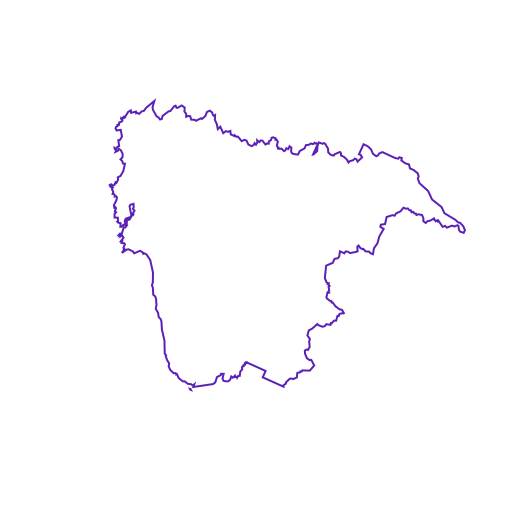 Clutha District, Otago, New Zealand, rotated 114°
{"feature_id": "76426892B1616776897166", "entity_name": "Clutha District", "entity_type": "district", "adm_level": 2, "iso_a3": "NZL", "parent_name": "New Zealand", "parent_adm1": "Otago", "projection": "robinson", "projection_center": [169.665, -46.039], "detail": "fine", "context": "isolated", "style": "outline", "palette": "violet", "viewbox_px": 512, "rotation_deg": 114, "n_neighbors": 0, "source": "geoboundaries", "source_scale": "gbopen_adm2", "svg_char_len": 6151}
<svg xmlns="http://www.w3.org/2000/svg" viewBox="0 0 512 512"><g transform="rotate(114 256 256)"><path d="M150.4,75.7L147.4,75.6L144.4,78.9L142.7,83.0L143.1,85.0L141.8,88.7L140.3,101.2L135.8,106.4L132.8,118.1L126.6,125.2L123.0,136.3L119.4,139.7L117.3,139.7L114.7,141.8L113.3,147.2L113.4,150.9L110.1,153.5L110.6,157.3L109.6,162.1L107.2,162.6L107.5,165.2L109.3,165.7L109.9,168.9L109.7,182.8L112.2,185.1L114.7,185.6L115.9,186.8L115.1,190.7L111.8,194.3L110.3,198.5L110.2,203.2L121.2,203.3L121.0,201.7L122.7,199.2L128.5,201.6L126.7,203.6L127.0,205.5L128.9,206.1L131.2,208.9L133.0,209.5L130.9,212.3L129.7,216.0L129.6,219.2L127.6,220.1L126.8,221.6L131.0,225.5L132.6,225.8L133.2,228.6L132.0,232.1L128.7,233.8L125.4,238.4L125.2,239.8L126.4,240.8L126.7,244.8L130.6,244.6L135.3,242.8L139.8,244.8L140.1,245.2L128.4,245.1L128.4,246.8L129.3,247.7L128.9,248.6L130.7,249.6L130.9,251.6L133.0,253.0L134.3,255.4L138.1,255.5L142.2,258.7L146.3,258.9L147.5,263.0L147.5,264.9L146.3,266.4L142.6,267.8L142.1,270.0L145.2,270.0L145.2,272.1L147.5,272.1L148.8,273.1L147.5,276.4L148.5,278.0L148.0,279.2L148.8,279.5L146.5,281.9L142.6,282.6L141.4,284.5L141.9,285.5L140.5,286.0L140.7,288.8L141.6,289.8L144.0,289.4L145.9,290.8L148.3,290.1L148.6,291.7L150.3,292.7L148.0,297.1L148.6,298.8L150.6,299.3L149.8,302.0L151.7,301.0L154.3,301.3L153.4,303.2L155.2,303.2L157.4,304.6L157.3,308.3L154.5,311.5L154.5,313.7L156.9,315.8L154.3,321.0L155.0,322.2L154.4,324.5L155.2,324.3L155.2,328.5L152.2,330.3L153.9,332.0L154.2,334.3L157.1,335.9L152.4,341.2L155.6,342.5L151.5,345.4L148.3,349.0L143.9,350.7L145.0,351.4L144.9,352.4L142.7,354.5L142.0,357.3L144.4,359.4L148.5,359.2L151.9,360.6L152.8,361.2L152.5,362.2L156.9,365.9L156.5,367.2L157.8,370.7L155.1,372.9L155.7,375.0L157.2,376.4L154.5,377.7L153.1,380.2L149.4,381.5L148.7,385.1L152.7,388.0L152.8,389.0L151.4,390.6L152.6,391.7L158.5,393.2L159.3,394.6L165.9,398.3L169.2,397.8L170.3,399.2L169.1,401.3L168.8,403.7L164.2,409.8L161.9,411.1L155.7,411.9L165.4,416.7L168.9,417.4L170.4,419.2L173.7,420.6L173.6,423.0L174.3,423.6L172.9,424.4L176.0,428.3L173.9,429.6L176.4,431.4L183.4,432.3L183.8,433.5L183.3,433.7L185.2,434.5L184.9,435.2L185.5,435.1L186.0,433.3L187.4,433.1L189.7,435.3L191.8,434.5L192.5,435.9L193.4,435.3L195.2,436.4L196.7,436.1L198.0,434.3L195.8,430.9L201.4,427.0L205.6,427.6L206.2,428.9L211.3,425.7L212.6,427.0L215.0,427.3L214.7,429.2L215.6,428.7L216.5,426.5L217.9,426.6L216.2,425.0L213.9,424.9L214.4,422.4L216.9,419.4L220.0,418.1L219.5,417.9L222.8,419.1L223.7,416.8L225.6,415.2L225.0,413.2L232.3,411.8L237.9,412.3L240.4,414.3L242.2,413.0L245.5,413.2L245.6,414.1L246.5,413.5L247.3,414.5L248.8,414.2L249.9,415.8L249.4,417.5L250.8,418.5L252.0,416.9L251.4,416.1L251.7,414.6L253.5,414.9L255.4,412.5L257.6,412.2L257.1,411.2L257.7,410.0L259.2,409.3L258.3,408.1L258.9,406.9L261.7,406.2L267.4,406.5L269.5,405.0L268.5,404.3L269.3,403.3L272.6,403.1L273.0,401.6L274.8,402.4L278.4,400.9L277.2,397.8L280.2,396.2L281.1,396.7L281.6,395.2L281.1,393.0L284.5,391.8L283.9,390.6L281.5,389.9L280.7,387.8L280.1,388.5L280.0,388.3L280.3,387.1L280.2,386.8L277.8,390.1L274.9,390.2L272.8,388.0L273.5,388.0L273.4,387.2L270.1,386.1L261.9,391.8L260.2,391.5L258.2,389.1L261.4,387.5L262.9,387.7L264.0,385.4L266.7,385.9L267.9,384.8L268.7,385.0L268.6,385.8L274.1,386.3L275.9,388.5L280.7,386.5L283.1,386.9L283.6,388.5L290.5,387.6L291.1,388.3L290.8,389.3L291.9,389.7L291.2,388.8L293.0,388.9L292.5,388.4L293.5,387.9L291.6,386.9L293.1,384.5L297.5,385.5L297.0,384.3L298.7,384.3L298.0,381.4L298.6,380.5L302.5,380.4L303.4,378.5L304.3,379.3L307.7,379.7L302.9,376.9L301.7,375.1L301.9,370.3L303.1,368.4L298.4,364.0L298.7,361.2L299.8,359.9L299.0,359.5L299.1,356.7L302.7,351.0L313.0,343.4L321.8,339.6L325.2,339.1L326.8,337.4L333.2,334.1L333.9,331.7L335.6,330.0L341.0,327.1L345.0,326.1L347.7,322.4L351.4,320.0L352.4,317.5L354.0,315.9L361.4,312.1L370.4,305.3L382.4,299.6L383.3,297.7L384.3,297.7L387.4,294.7L389.4,291.7L392.5,290.8L395.0,287.9L396.6,283.5L395.9,282.5L395.9,281.0L396.6,280.7L396.1,280.2L399.1,276.7L400.3,271.9L399.5,270.2L400.5,266.3L399.5,263.1L400.1,261.0L398.4,260.2L401.1,259.9L390.5,243.2L388.1,241.8L382.5,242.4L379.1,239.7L377.8,240.0L376.8,237.6L381.5,236.8L383.2,235.0L382.7,232.3L381.7,230.4L379.6,229.3L376.1,229.6L376.6,227.8L374.0,226.6L375.2,226.0L374.1,224.3L374.8,223.7L372.7,223.4L372.1,222.1L367.9,223.4L365.2,222.5L363.3,223.6L361.3,223.1L361.5,222.5L359.0,222.5L359.2,221.9L357.3,222.2L356.8,221.3L357.6,220.9L357.0,219.9L357.1,200.5L364.1,200.5L364.2,177.7L363.0,178.4L360.5,176.8L359.2,177.2L354.5,175.3L353.6,174.1L353.4,172.1L350.4,169.3L346.0,170.7L344.2,168.3L343.3,168.5L342.8,167.2L341.7,167.2L338.8,160.2L332.3,158.3L328.4,163.3L329.3,164.6L328.7,167.9L325.3,171.5L322.5,172.9L320.8,171.8L320.7,170.3L317.1,170.0L312.7,172.6L309.9,173.0L307.7,176.7L302.5,177.5L299.6,175.2L293.2,172.3L293.8,171.3L293.6,166.4L291.9,164.5L289.7,164.0L288.6,159.9L286.8,160.3L286.5,159.4L283.3,158.4L282.5,156.5L277.6,157.2L277.2,156.0L274.9,156.2L272.7,153.2L273.0,151.8L270.2,155.5L270.7,157.8L269.7,162.8L267.4,166.8L267.7,167.7L266.6,168.7L267.1,169.1L266.0,173.8L265.1,174.9L260.9,175.7L259.9,174.6L259.7,175.7L257.9,175.0L254.6,177.2L253.5,176.6L253.2,177.6L251.4,178.4L252.2,179.2L251.6,179.4L251.4,180.8L248.2,184.1L236.3,188.0L231.0,183.1L226.6,183.1L224.8,180.3L222.6,179.8L217.6,181.2L217.6,176.4L215.4,176.0L214.7,174.0L215.1,171.3L212.1,167.0L210.4,165.1L206.1,167.3L204.7,166.5L206.1,164.3L206.5,161.6L205.8,160.9L207.2,157.9L206.0,154.3L206.9,152.6L206.8,149.9L201.0,151.4L195.1,150.2L188.1,151.3L179.3,150.4L178.8,154.3L176.6,154.7L174.3,151.1L167.2,152.5L163.1,147.8L162.8,145.7L160.2,145.4L156.5,142.2L151.9,140.9L151.8,138.2L150.8,136.7L151.8,134.4L151.3,133.0L152.8,131.7L151.7,130.2L152.7,128.8L152.3,127.1L153.3,126.1L151.9,124.7L151.0,121.0L153.5,118.3L156.1,117.4L156.8,114.4L154.5,113.5L152.7,111.1L149.3,108.7L150.7,107.4L150.4,106.3L151.0,105.9L149.8,105.0L150.2,104.5L149.6,104.1L150.3,103.7L149.8,103.3L153.5,97.3L151.6,95.6L152.4,93.1L148.6,89.4L148.3,86.7L145.9,84.4L146.1,83.3L149.5,81.3L150.7,79.5L150.4,75.7ZM404.8,261.0L404.2,261.7L404.3,262.4L404.8,261.8L404.8,261.0Z" fill="none" stroke="#5b21b6" stroke-width="2"/></g></svg>